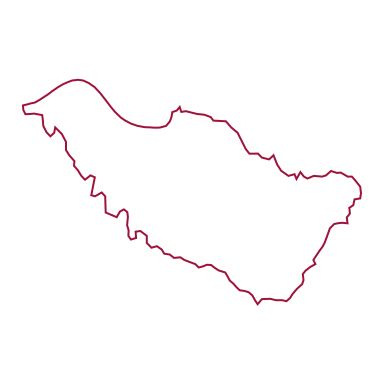 Caiçara, Rio Grande do Sul, Brazil
{"feature_id": "56859067B15566329733974", "entity_name": "Caiçara", "entity_type": "district", "adm_level": 2, "iso_a3": "BRA", "parent_name": "Brazil", "parent_adm1": "Rio Grande do Sul", "projection": "mercator", "projection_center": [-53.474, -27.247], "detail": "fine", "context": "isolated", "style": "outline", "palette": "rose", "viewbox_px": 384, "rotation_deg": 0, "n_neighbors": 0, "source": "geoboundaries", "source_scale": "gbopen_adm2", "svg_char_len": 2101}
<svg xmlns="http://www.w3.org/2000/svg" viewBox="0 0 384 384"><path d="M23.0,105.4L23.3,109.8L25.4,114.2L29.9,114.0L34.1,113.6L42.2,115.1L42.9,120.5L43.3,126.0L46.4,132.1L50.4,136.3L54.2,132.8L55.2,127.4L61.9,134.1L66.0,141.9L66.0,150.1L69.2,155.2L74.4,161.1L74.0,165.8L77.9,170.3L81.2,175.7L85.0,179.7L90.5,175.4L94.8,177.3L91.3,195.2L95.0,196.3L101.7,192.5L105.2,196.3L105.7,212.5L116.7,217.2L119.9,211.6L123.9,209.4L127.3,212.1L127.9,216.9L127.1,225.1L128.6,230.3L128.4,235.9L130.9,239.5L136.1,238.0L135.6,231.7L140.4,231.0L146.8,235.9L146.8,243.0L151.5,247.7L156.9,246.2L161.7,249.5L164.2,253.7L169.7,254.5L174.0,257.9L180.3,257.3L184.2,259.9L189.1,261.8L195.3,264.1L198.8,267.5L203.2,266.3L206.8,264.8L211.1,265.0L214.4,267.6L218.6,270.4L225.3,272.5L227.8,276.8L229.7,280.5L233.2,283.5L236.6,287.3L239.7,290.3L244.2,290.9L248.6,292.2L252.4,295.5L255.0,300.2L257.6,304.2L261.9,299.1L270.3,298.8L275.9,300.2L282.2,300.2L286.4,301.2L290.0,298.1L292.5,294.1L297.0,288.8L302.2,284.1L303.5,280.1L302.8,274.1L305.6,270.6L310.4,266.9L315.4,264.1L313.4,260.0L316.6,255.1L319.7,250.5L322.5,246.8L324.6,242.8L327.1,236.2L329.9,228.4L334.2,224.0L338.1,223.2L342.3,222.8L347.5,223.3L346.8,217.4L349.9,213.6L349.3,207.8L353.3,205.2L354.5,199.4L360.2,198.4L361.0,193.1L360.2,186.7L355.8,181.1L351.9,176.6L347.7,176.6L340.8,172.6L336.8,172.9L331.0,171.0L326.0,175.4L322.1,176.6L313.8,175.9L307.4,178.5L303.9,176.6L300.4,172.1L296.5,179.0L294.5,174.2L288.5,175.9L281.2,170.8L277.2,164.6L273.5,155.3L269.1,159.4L261.9,157.6L258.0,153.6L249.4,153.7L245.8,149.1L237.6,132.8L231.2,127.4L225.9,121.3L217.3,120.8L213.4,120.6L210.7,117.1L204.3,114.7L197.2,114.0L185.9,111.2L181.3,111.9L179.7,107.0L176.9,110.5L172.3,112.1L171.5,117.1L169.8,121.5L166.1,125.9L159.8,127.6L154.6,127.7L150.7,127.4L144.9,127.2L137.7,125.9L130.9,123.6L124.8,120.3L120.8,117.5L115.0,111.9L111.4,107.6L105.2,99.5L100.2,93.1L94.6,87.1L88.8,83.1L83.2,80.5L78.1,79.8L72.1,80.5L67.1,82.4L62.9,84.3L58.1,87.1L52.7,90.8L48.1,94.3L43.8,97.1L39.4,100.0L35.0,102.5L30.8,103.4L26.9,104.5L23.0,105.4Z" fill="none" stroke="#9f1239" stroke-width="2"/></svg>